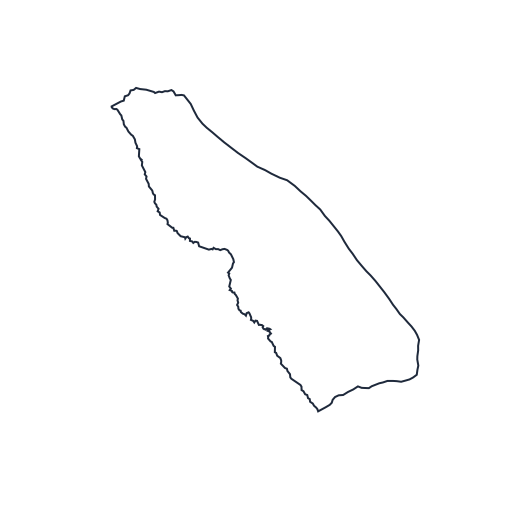 the district of Riaba, Bioko Sur, Equatorial Guinea, rotated 118°
{"feature_id": "11065452B69866248222639", "entity_name": "Riaba", "entity_type": "district", "adm_level": 2, "iso_a3": "GNQ", "parent_name": "Equatorial Guinea", "parent_adm1": "Bioko Sur", "projection": "orthographic", "projection_center": [8.763, 3.41], "detail": "fine", "context": "isolated", "style": "outline", "palette": "slate", "viewbox_px": 512, "rotation_deg": 118, "n_neighbors": 0, "source": "geoboundaries", "source_scale": "gbopen_adm2", "svg_char_len": 3512}
<svg xmlns="http://www.w3.org/2000/svg" viewBox="0 0 512 512"><g transform="rotate(118 256 256)"><path d="M253.5,72.6L250.0,76.8L247.5,80.7L245.2,85.7L243.6,90.3L241.0,97.2L239.7,101.7L236.9,107.2L234.7,112.2L231.3,118.4L227.7,125.8L224.7,132.6L221.9,139.0L219.4,145.6L217.6,151.5L215.2,157.7L212.3,164.9L208.6,171.8L206.0,177.5L201.8,184.8L198.4,190.1L195.9,195.1L193.4,200.9L190.4,207.9L188.3,214.0L184.8,221.1L183.2,227.4L181.4,233.3L179.4,240.2L178.0,247.0L175.9,254.7L174.5,264.1L175.7,271.7L176.1,281.1L175.9,288.1L176.5,296.8L175.7,302.2L174.5,310.9L173.5,320.2L171.9,329.7L170.6,337.4L168.9,345.5L167.3,352.6L165.9,359.7L164.3,365.4L161.2,372.6L156.8,379.1L152.4,385.0L148.0,395.0L148.7,397.3L150.3,399.8L151.8,402.3L149.4,406.1L149.2,408.6L152.0,411.2L153.2,413.8L155.5,415.9L156.4,418.8L159.5,421.6L159.1,423.2L160.7,431.0L163.0,436.7L163.9,440.8L166.8,442.0L168.7,444.5L171.9,444.0L174.1,444.4L176.6,446.8L180.9,445.7L183.0,447.8L191.7,453.7L192.5,453.1L193.0,451.3L192.7,449.7L191.8,448.4L191.9,447.1L194.6,442.4L195.1,440.9L198.2,438.2L198.9,436.5L201.8,434.5L203.3,432.2L203.5,430.7L206.0,427.1L207.5,423.1L207.7,421.2L209.9,417.7L212.6,415.6L214.9,412.5L216.7,411.8L216.4,409.2L223.0,406.2L224.2,404.3L224.7,402.4L225.2,402.7L226.3,400.6L229.6,399.3L233.9,393.1L236.1,392.6L237.2,390.0L239.5,389.3L242.7,384.6L244.9,383.2L246.7,378.8L247.3,377.9L248.7,376.8L249.7,375.3L249.8,373.7L253.4,371.7L255.9,371.2L256.9,370.0L257.5,368.1L259.0,366.9L260.1,364.2L262.7,363.8L262.8,361.5L264.8,360.0L265.3,354.5L265.1,352.5L266.0,351.0L267.8,349.6L269.4,349.1L270.4,343.2L269.9,342.2L272.1,340.0L271.2,338.5L271.1,337.7L272.6,336.0L273.9,331.8L272.8,327.5L273.8,326.6L272.1,326.4L270.9,325.4L271.8,323.6L271.6,322.5L273.7,321.4L273.1,319.2L273.9,317.5L272.3,316.8L271.6,315.3L271.3,313.4L274.1,310.8L272.5,300.6L270.7,298.7L270.5,297.4L268.7,297.3L268.8,294.7L267.7,292.6L267.6,290.3L265.8,288.8L264.5,287.1L264.2,284.4L264.4,283.1L265.6,281.4L266.3,278.9L269.5,274.5L271.8,272.6L273.4,272.8L277.6,271.7L283.8,272.9L284.0,271.4L285.9,271.1L288.0,268.7L289.0,267.0L295.5,265.3L296.6,262.9L298.4,263.2L298.2,260.8L299.1,260.0L299.1,259.3L298.4,257.9L299.5,256.9L299.9,255.5L302.1,252.0L303.8,251.5L305.6,249.8L308.1,249.7L309.1,247.9L310.8,246.8L311.7,245.1L311.5,243.9L312.6,243.0L313.1,240.6L312.8,238.6L313.4,236.9L310.8,237.4L309.2,236.1L309.7,234.9L312.4,231.5L313.9,230.7L314.8,230.5L314.6,228.0L315.5,226.3L313.3,226.1L312.8,224.6L315.5,221.1L314.7,219.9L314.7,219.5L314.2,218.5L314.5,216.7L315.8,216.7L316.7,215.3L316.8,214.4L316.3,213.8L316.6,213.0L316.0,212.3L314.6,212.3L313.9,209.9L314.0,209.0L315.9,210.4L316.6,210.5L316.4,208.7L317.5,206.4L318.9,207.2L320.0,206.9L321.1,207.9L322.4,206.9L323.2,206.6L324.6,203.0L324.5,201.7L327.1,198.2L327.3,196.6L332.1,194.2L332.1,192.7L334.1,190.5L334.7,186.6L336.3,184.8L337.7,184.0L339.4,183.5L341.3,177.8L341.0,175.8L342.8,174.2L344.4,170.5L347.1,168.7L347.8,167.1L349.0,156.2L350.0,154.5L353.0,152.8L353.1,150.6L355.0,147.7L354.7,145.5L357.1,143.3L357.1,141.4L359.3,139.8L359.6,136.6L361.0,134.4L361.6,131.7L362.4,129.9L364.0,128.2L356.9,123.5L352.8,121.0L350.0,120.2L349.5,120.3L347.0,120.8L343.4,120.0L340.2,117.6L337.8,113.8L332.8,110.9L328.2,107.5L323.3,104.8L322.8,100.8L321.0,97.0L319.7,94.3L316.7,92.7L310.5,87.4L308.1,84.6L304.6,81.3L301.9,76.2L300.4,72.9L298.9,68.8L295.8,65.5L292.9,62.5L289.6,60.3L285.4,58.3L280.5,60.1L276.6,61.2L271.7,65.0L268.7,66.5L263.2,68.5L259.2,70.7L253.5,72.6Z" fill="none" stroke="#1e293b" stroke-width="2"/></g></svg>